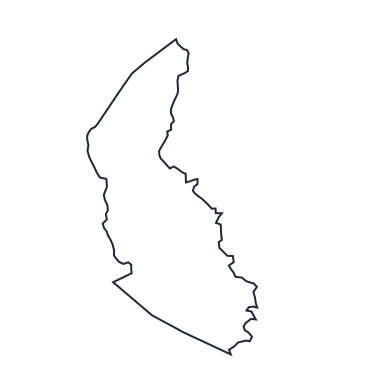 outline of Treze Tílias, Santa Catarina, Brazil, rotated 27°
{"feature_id": "56859067B72838427404222", "entity_name": "Treze Tílias", "entity_type": "district", "adm_level": 2, "iso_a3": "BRA", "parent_name": "Brazil", "parent_adm1": "Santa Catarina", "projection": "albers", "projection_center": [-51.444, -26.941], "detail": "fine", "context": "isolated", "style": "outline", "palette": "slate", "viewbox_px": 384, "rotation_deg": 27, "n_neighbors": 0, "source": "geoboundaries", "source_scale": "gbopen_adm2", "svg_char_len": 1875}
<svg xmlns="http://www.w3.org/2000/svg" viewBox="0 0 384 384"><g transform="rotate(27 192 192)"><path d="M162.7,308.2L212.3,320.0L248.4,320.9L300.3,319.1L296.6,315.8L299.5,311.0L301.5,305.0L304.8,302.2L307.5,299.9L311.2,298.8L311.2,293.7L306.3,291.6L301.9,291.2L299.0,288.4L299.4,284.2L302.3,278.1L306.7,276.6L302.5,273.7L299.2,271.5L294.4,272.9L294.9,268.9L298.3,266.4L302.6,265.4L299.2,262.0L296.3,257.8L292.1,253.2L292.9,247.0L288.4,245.5L284.2,246.4L280.5,246.8L275.3,245.6L269.4,247.8L265.5,244.8L262.0,243.2L258.2,240.8L261.0,235.6L257.5,230.5L252.4,232.8L246.3,230.8L241.8,229.3L238.6,224.7L240.3,221.0L237.2,216.5L234.3,211.3L232.3,208.0L227.4,208.6L227.3,202.1L228.3,197.4L222.8,200.0L220.5,196.0L217.1,197.9L213.9,196.6L208.8,194.9L203.8,193.5L199.5,192.9L195.7,192.1L192.2,190.5L191.5,186.0L193.3,182.5L191.0,177.9L188.3,180.1L185.5,183.2L182.3,186.2L180.3,182.7L178.1,178.7L174.3,178.9L169.6,178.0L164.3,177.5L161.5,181.1L157.4,179.5L152.1,177.4L148.9,176.4L146.2,174.0L144.0,170.3L144.3,164.6L144.7,158.1L144.7,152.6L142.5,149.3L145.1,146.1L142.5,140.9L143.7,137.0L140.9,133.9L137.4,131.3L135.6,127.4L135.1,123.6L134.7,118.0L134.5,110.9L133.2,107.2L130.6,103.0L128.4,99.1L127.2,94.6L131.4,89.6L133.5,86.1L131.8,82.6L129.4,79.7L127.6,75.3L126.0,69.8L123.0,67.8L119.6,68.6L115.8,67.5L111.7,66.3L108.4,63.1L91.7,97.1L84.7,113.6L82.4,130.0L81.2,139.4L77.0,174.0L76.1,178.1L73.6,181.3L72.8,185.6L73.1,189.6L75.0,193.1L78.5,197.4L80.1,202.5L84.0,207.0L88.9,210.8L93.9,214.4L98.7,218.2L103.5,220.9L109.7,219.2L112.1,223.0L113.9,226.1L114.3,230.9L114.8,234.7L117.9,238.5L122.6,242.2L125.3,246.5L125.3,250.7L128.6,255.2L126.8,260.7L129.9,263.9L134.0,266.0L137.0,269.0L140.9,271.4L145.2,274.9L149.1,279.4L151.2,283.9L154.9,285.9L158.7,287.4L163.4,287.3L167.2,283.6L170.9,284.4L172.8,288.3L175.1,291.8L162.7,308.2Z" fill="none" stroke="#1e293b" stroke-width="2"/></g></svg>